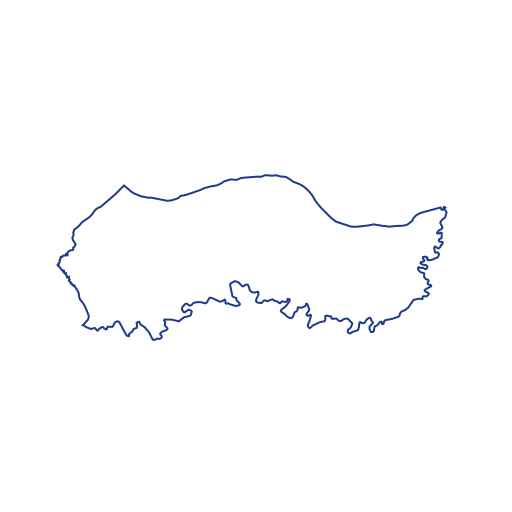 the district of Nong Na Kham, Khon Kaen, Thailand, rotated 142°
{"feature_id": "78962969B54012072717809", "entity_name": "Nong Na Kham", "entity_type": "district", "adm_level": 2, "iso_a3": "THA", "parent_name": "Thailand", "parent_adm1": "Khon Kaen", "projection": "orthographic", "projection_center": [102.317, 16.814], "detail": "fine", "context": "isolated", "style": "outline", "palette": "blue", "viewbox_px": 512, "rotation_deg": 142, "n_neighbors": 0, "source": "geoboundaries", "source_scale": "gbopen_adm2", "svg_char_len": 6136}
<svg xmlns="http://www.w3.org/2000/svg" viewBox="0 0 512 512"><g transform="rotate(142 256 256)"><path d="M388.8,254.1L388.6,253.3L387.9,252.5L384.5,251.6L383.1,250.1L382.1,249.7L380.8,249.8L379.8,250.6L379.6,251.2L379.7,253.3L378.8,254.0L376.1,254.1L372.4,252.8L370.9,252.8L370.4,253.5L370.5,257.8L368.3,259.7L368.1,261.8L367.2,262.3L361.6,257.8L357.0,252.0L350.5,252.0L345.0,249.6L344.1,249.5L340.8,251.8L340.8,252.9L341.6,254.4L342.4,255.2L347.1,255.6L347.5,256.4L347.3,259.1L346.6,260.3L345.5,261.0L342.0,261.7L340.8,261.6L339.7,260.7L339.3,258.5L338.7,257.7L337.1,257.0L334.8,257.5L332.3,256.8L328.4,254.1L324.9,249.8L323.4,249.6L318.9,251.5L317.9,251.5L316.1,249.1L312.6,242.2L310.3,241.2L307.5,240.9L307.6,239.6L309.1,237.6L308.9,236.9L307.1,235.9L306.1,233.8L302.8,229.1L299.4,227.5L298.6,227.8L298.0,228.7L298.6,233.1L297.5,235.2L299.0,237.5L299.3,238.9L294.5,248.6L293.8,249.7L292.8,250.0L288.3,249.3L286.2,246.5L285.3,240.3L284.4,239.9L281.9,239.8L280.2,238.5L280.2,237.5L282.0,232.7L281.6,230.2L279.8,228.1L276.7,226.8L276.4,226.3L276.8,225.2L278.5,223.7L282.1,221.9L283.7,220.7L283.9,219.3L282.9,217.7L281.0,215.8L279.9,215.5L278.0,216.0L276.7,215.9L276.2,215.5L274.8,213.2L272.1,212.7L269.5,211.5L268.8,209.0L267.0,206.7L266.7,204.6L266.0,203.9L263.4,204.3L261.7,202.1L260.4,201.4L259.1,201.4L257.5,202.7L256.3,201.5L256.4,200.7L257.2,199.9L260.8,198.7L263.9,198.0L269.0,198.1L270.2,197.5L270.4,195.9L269.4,193.7L268.6,188.7L267.8,186.8L266.5,185.4L264.6,185.2L260.3,187.8L258.2,187.5L256.7,187.8L254.8,189.7L253.9,189.3L252.4,187.4L249.1,186.4L247.7,186.2L246.1,187.4L245.3,187.1L245.3,186.0L247.0,181.0L248.2,180.2L251.2,179.5L252.4,178.6L252.0,177.0L251.4,176.6L249.5,176.3L249.2,175.8L249.4,175.1L252.6,172.7L257.8,169.6L258.5,168.0L258.3,166.3L257.4,166.0L253.9,166.2L247.4,164.8L245.6,164.2L242.3,162.4L240.6,163.0L238.6,165.9L237.6,165.9L237.0,165.4L234.1,162.0L234.1,161.4L234.9,160.4L234.6,159.5L231.2,157.3L230.7,154.4L229.8,152.8L228.9,152.4L226.1,152.3L224.0,151.5L222.8,150.7L222.1,149.4L221.6,143.5L225.1,141.4L226.8,141.1L228.6,141.3L229.8,140.6L230.6,139.1L230.0,137.7L229.3,136.9L226.5,136.7L221.3,134.8L218.6,136.6L216.7,138.8L215.0,139.8L214.3,139.5L213.7,137.6L212.0,136.6L211.4,136.5L208.8,137.6L206.7,137.8L205.4,137.7L204.4,137.3L204.1,136.5L204.9,133.9L204.7,132.2L205.0,131.2L210.0,130.5L211.5,128.6L212.2,125.3L210.7,124.2L209.4,124.3L207.4,126.2L205.6,127.4L203.2,126.8L198.8,127.7L197.7,127.1L197.7,126.5L198.5,125.2L197.9,124.2L197.4,124.1L195.0,125.7L193.5,125.8L187.1,122.5L184.0,121.6L181.8,120.5L179.9,120.5L177.8,122.1L176.5,122.5L175.1,122.5L171.7,121.6L167.9,121.6L159.0,124.4L154.4,122.4L151.6,119.8L150.9,119.9L150.0,121.0L148.9,121.3L146.5,119.2L143.9,119.3L143.2,119.8L142.9,120.8L144.4,123.7L144.4,125.0L143.0,125.4L136.8,124.3L136.2,124.7L136.3,126.0L137.5,127.0L137.8,128.1L137.4,129.2L135.7,129.8L135.0,130.5L135.0,131.2L136.4,133.3L136.5,135.6L135.9,136.8L134.1,138.6L134.3,139.3L136.1,141.5L136.5,142.9L136.5,145.5L135.7,146.9L134.5,146.9L133.2,144.8L131.6,143.8L130.6,141.3L130.0,141.0L128.3,141.3L127.4,142.2L127.5,143.6L128.0,144.5L130.2,146.8L130.8,149.1L129.8,149.7L127.5,148.5L126.3,148.6L125.9,149.3L125.9,151.4L124.9,152.4L122.7,151.0L122.2,150.2L122.2,148.6L122.8,148.6L123.3,147.7L123.0,146.6L120.5,145.1L118.2,144.2L117.4,144.3L115.0,143.2L112.7,143.4L110.9,144.6L110.4,145.4L110.7,147.2L112.1,147.7L112.6,148.7L110.8,152.5L109.7,153.3L109.1,153.2L108.7,152.7L108.1,150.2L106.9,149.4L105.1,149.7L103.5,150.7L102.1,150.6L100.8,151.2L100.5,152.3L102.6,154.3L102.6,155.5L101.9,156.1L100.6,156.5L99.2,155.8L98.6,156.0L95.5,159.7L96.0,160.6L97.7,161.0L98.9,161.7L99.2,162.2L99.0,162.9L95.4,163.6L93.6,163.0L92.0,163.3L91.5,163.9L90.4,168.5L90.0,169.0L88.7,169.6L86.3,170.0L84.3,169.8L82.6,170.4L79.0,173.1L78.7,173.9L78.9,176.7L78.1,177.6L77.0,177.5L77.1,178.2L77.9,178.9L79.9,177.4L80.4,177.4L81.3,178.2L80.7,180.6L99.9,188.7L104.2,189.4L105.8,189.4L109.0,188.7L111.3,187.5L117.1,187.5L119.0,188.1L122.3,189.9L126.9,193.3L133.3,197.3L134.8,199.2L137.4,201.5L143.7,208.4L149.0,211.1L155.5,215.1L159.7,217.8L162.9,220.5L171.7,233.6L173.3,239.5L175.1,254.5L175.3,261.9L174.3,269.4L174.5,275.2L175.6,281.3L177.5,285.9L181.1,291.9L182.1,295.8L183.6,299.5L184.9,301.1L187.4,303.2L190.2,307.0L194.2,309.6L198.0,313.2L199.3,314.1L203.1,315.2L206.0,317.6L217.2,325.1L220.3,326.8L223.4,327.6L224.9,328.4L228.7,331.9L235.1,334.4L239.1,334.7L243.5,335.8L249.2,338.9L255.5,341.5L259.0,342.2L270.1,346.0L273.7,347.3L278.6,349.8L281.4,349.5L283.6,350.1L288.4,351.9L292.0,354.2L302.4,366.2L305.4,368.7L309.9,373.9L313.3,379.9L314.6,383.2L316.6,392.8L329.7,391.2L348.0,390.4L351.2,391.2L354.0,391.3L360.7,389.5L364.4,389.2L372.2,389.7L377.6,388.6L383.2,388.6L383.6,388.0L385.4,387.3L386.4,385.4L387.4,384.4L389.2,383.8L390.4,381.6L390.9,376.8L391.3,375.9L393.1,375.2L395.2,375.0L395.9,373.7L396.5,373.6L397.4,373.7L398.9,374.8L401.5,375.0L403.4,374.3L403.3,373.4L404.3,372.6L404.6,372.7L404.9,374.4L405.8,373.9L406.5,374.0L407.7,375.1L409.2,374.6L410.4,375.5L411.0,375.2L412.3,373.7L412.9,373.8L413.2,373.4L413.8,373.3L414.1,372.4L415.1,371.8L416.0,371.8L416.4,370.9L417.1,370.9L417.5,371.3L418.0,371.1L417.9,369.2L417.4,368.7L417.8,366.0L417.4,364.3L417.5,363.2L416.7,363.2L416.3,362.6L416.5,362.2L417.6,361.5L417.4,360.2L416.4,359.6L417.4,358.8L417.1,357.4L418.1,355.5L416.2,354.7L417.2,353.6L417.2,352.4L418.4,352.0L418.7,351.5L418.3,350.4L418.6,349.5L418.3,349.2L418.6,348.7L418.2,348.1L418.2,347.5L418.7,347.4L418.1,345.8L418.3,345.0L417.2,344.6L417.6,343.7L417.9,338.9L418.7,335.6L420.3,333.2L421.4,330.1L421.4,324.6L422.0,320.8L424.5,312.0L426.1,310.2L427.9,309.2L435.0,308.1L434.6,307.7L433.6,304.5L431.0,300.1L427.2,298.4L427.1,295.4L426.6,294.6L424.2,295.2L420.9,294.7L420.3,294.1L420.1,291.8L419.4,290.4L418.5,290.3L417.1,291.4L416.2,291.4L412.8,288.6L411.6,288.8L408.5,290.4L406.3,290.3L404.8,289.2L404.4,288.1L406.9,273.8L406.7,272.5L405.8,271.3L405.1,271.2L404.5,272.3L403.7,272.7L400.0,272.7L397.4,273.8L394.2,272.8L393.1,273.7L391.1,276.9L390.0,276.8L388.6,276.1L389.1,273.2L387.6,268.4L387.3,261.6L388.8,254.1Z" fill="none" stroke="#1e3a8a" stroke-width="2"/></g></svg>